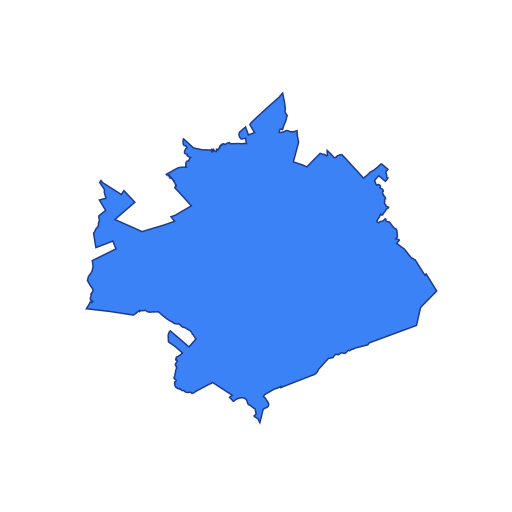 the district of Motozintla, Chiapas, Mexico, rotated 132°
{"feature_id": "50627088B93582456317957", "entity_name": "Motozintla", "entity_type": "district", "adm_level": 2, "iso_a3": "MEX", "parent_name": "Mexico", "parent_adm1": "Chiapas", "projection": "robinson", "projection_center": [-92.331, 15.305], "detail": "fine", "context": "isolated", "style": "filled", "palette": "blue", "viewbox_px": 512, "rotation_deg": 132, "n_neighbors": 0, "source": "geoboundaries", "source_scale": "gbopen_adm2", "svg_char_len": 6144}
<svg xmlns="http://www.w3.org/2000/svg" viewBox="0 0 512 512"><g transform="rotate(132 256 256)"><path d="M408.7,346.8L395.0,327.5L381.9,307.5L374.5,306.1L375.0,305.4L373.6,305.1L372.8,303.9L370.4,301.8L369.9,299.0L368.3,296.7L367.3,296.0L362.7,291.1L362.7,285.8L362.4,280.7L361.9,277.3L361.1,274.1L360.8,271.4L358.8,268.5L357.9,267.9L358.1,266.9L357.8,266.1L358.1,264.4L357.9,262.9L356.6,260.3L356.0,256.6L355.6,255.3L356.0,252.2L356.6,251.0L356.5,250.3L357.7,245.9L357.6,245.1L368.4,245.0L369.0,269.6L370.3,269.7L373.6,268.3L378.4,263.6L377.4,256.3L377.2,245.8L377.5,245.7L378.1,246.2L378.6,245.8L380.3,246.0L381.4,246.5L382.5,246.5L384.5,247.5L385.3,246.8L386.2,246.8L386.9,246.1L386.9,245.8L386.4,245.5L386.7,244.1L390.4,243.6L391.1,242.4L391.2,241.6L391.8,241.2L392.1,240.2L392.4,239.9L394.7,239.2L396.6,237.8L398.3,237.0L399.1,236.3L401.4,235.5L401.9,234.8L401.6,233.6L401.8,232.1L403.3,231.6L404.1,232.1L404.5,231.9L406.3,229.8L406.8,229.0L406.9,228.1L407.2,227.6L406.8,226.1L406.8,225.3L406.4,224.7L405.8,224.5L406.1,223.9L405.4,223.1L405.6,221.9L405.4,220.8L404.4,219.9L404.3,217.4L402.9,215.1L401.2,213.8L400.9,213.1L401.0,211.6L400.0,211.0L396.2,209.9L382.9,205.1L381.0,204.2L379.0,203.6L375.4,180.5L378.7,181.1L379.2,175.7L377.8,175.1L377.0,175.1L374.2,174.2L372.0,172.8L370.8,171.7L369.4,169.5L369.2,166.9L369.5,166.2L371.2,163.3L371.5,162.1L370.8,160.5L370.7,156.9L370.6,155.6L370.3,155.2L370.3,154.3L371.6,152.4L372.6,151.3L373.2,150.2L376.2,150.4L376.4,149.6L375.7,145.6L377.3,141.6L365.5,147.9L363.5,147.7L361.1,146.5L359.5,146.4L358.4,146.8L357.3,147.8L356.7,149.3L355.4,154.3L355.6,156.2L353.2,156.8L342.4,153.3L339.9,151.7L336.1,150.1L337.1,149.5L307.2,134.5L305.7,133.6L303.7,132.9L301.0,132.9L298.5,133.7L283.7,133.6L280.2,131.0L279.6,130.8L277.6,131.2L275.6,130.9L274.9,129.9L274.5,128.9L273.2,128.3L272.3,128.3L270.9,127.8L270.2,127.2L270.0,126.2L269.1,124.9L267.4,124.4L265.0,124.5L264.4,124.2L263.7,123.0L261.0,122.4L260.4,121.6L259.4,121.1L258.5,121.0L247.3,113.5L244.7,113.7L200.2,90.3L184.1,99.3L161.1,98.3L155.5,117.5L157.3,117.5L152.4,135.0L153.4,139.8L151.6,150.2L152.5,159.9L148.4,160.0L148.2,160.9L149.7,163.6L147.0,163.8L142.9,168.2L142.2,169.7L142.8,172.6L141.5,179.3L141.8,180.2L142.7,181.4L142.9,182.5L142.8,182.9L141.8,184.1L141.7,184.7L142.1,184.9L145.0,185.1L145.7,185.4L147.0,186.6L148.7,186.9L149.3,187.4L149.5,187.9L149.7,188.5L149.5,189.1L149.0,189.6L148.8,189.4L147.3,190.0L144.4,190.4L142.0,191.4L141.5,191.4L141.7,190.7L141.6,190.1L140.8,189.4L138.6,189.9L136.2,190.0L133.7,190.4L131.7,189.8L131.1,190.0L131.8,192.6L131.8,193.1L131.1,193.9L131.1,195.3L130.7,195.9L129.6,196.8L129.3,196.9L127.9,198.3L126.7,198.0L125.9,199.4L125.7,200.2L126.0,200.9L125.4,201.7L125.5,202.2L125.0,202.8L125.1,203.5L123.8,204.7L123.3,204.9L122.6,204.7L122.2,205.1L122.0,205.7L121.7,206.8L122.2,208.4L122.2,209.8L120.8,210.2L120.5,211.3L120.9,212.6L121.8,213.4L122.5,213.6L122.6,214.3L121.7,216.1L121.7,216.5L121.4,216.7L120.4,218.5L114.2,218.5L113.9,209.8L111.0,209.9L109.7,210.2L110.0,211.5L108.4,213.1L106.8,215.6L106.5,215.8L103.3,215.9L103.5,223.9L104.0,224.7L108.5,225.1L113.5,225.9L117.6,227.3L120.2,227.3L126.3,228.2L125.1,238.4L124.9,241.9L123.6,254.6L123.2,260.1L124.8,261.4L126.0,261.8L127.1,262.5L128.1,262.7L129.3,262.5L130.6,263.7L130.0,269.9L130.0,273.7L133.4,270.4L134.5,270.6L134.6,273.0L136.1,274.8L136.1,275.6L136.8,277.0L155.8,277.9L157.2,282.4L161.1,291.2L142.9,300.5L139.1,305.6L135.4,309.4L137.6,310.5L138.4,311.4L138.9,311.4L139.3,311.8L140.1,313.2L140.7,313.7L141.6,316.2L142.2,317.2L143.1,317.7L145.2,318.5L145.9,319.0L147.7,320.3L148.4,321.1L148.6,321.6L146.8,322.6L145.4,322.9L144.3,320.8L141.0,322.4L135.7,324.3L130.6,326.9L130.6,328.2L129.1,331.4L127.4,332.2L123.4,336.8L117.1,345.2L121.4,345.2L121.6,345.0L122.2,345.0L125.5,345.4L134.9,346.5L152.1,348.2L160.7,348.8L162.5,348.4L165.3,339.6L171.2,342.7L170.0,344.6L167.7,349.1L167.0,350.1L175.2,351.1L177.2,349.9L178.6,347.8L179.0,345.3L175.5,342.5L178.1,339.4L178.8,338.3L180.3,340.1L182.1,341.7L183.7,343.8L189.7,350.1L189.5,351.7L191.5,352.9L193.8,353.6L194.1,354.0L194.2,354.4L193.7,355.1L194.1,354.8L194.7,355.6L195.3,355.9L195.7,355.9L195.9,355.7L196.4,356.3L196.8,355.8L197.1,356.2L197.8,356.1L198.7,356.4L198.9,356.3L199.0,355.9L199.4,355.8L199.6,355.3L200.0,355.4L200.3,355.7L200.8,355.4L201.5,355.4L202.1,355.0L202.7,355.3L202.7,356.5L203.1,356.8L204.8,355.3L205.1,355.5L204.9,355.7L205.8,357.0L206.0,357.1L205.5,357.9L206.6,358.0L205.5,359.0L206.2,359.1L206.2,359.4L206.0,359.8L206.3,360.3L206.9,360.2L207.8,358.4L208.0,358.3L207.8,360.7L208.3,361.5L213.0,366.9L217.5,374.7L217.4,388.2L217.6,388.3L218.6,387.7L220.4,386.3L221.9,384.4L221.9,383.8L221.6,382.4L221.1,381.4L221.2,380.5L221.5,379.9L223.1,380.0L224.8,379.6L226.4,378.9L227.3,378.0L227.4,377.1L226.6,375.6L226.5,375.1L226.8,374.6L227.5,374.4L227.3,372.5L226.7,370.4L227.8,370.6L229.7,370.0L230.2,369.5L232.0,370.9L233.3,370.5L234.6,369.9L235.1,369.1L236.2,368.4L236.5,367.2L237.3,367.8L238.4,369.3L240.9,371.7L243.1,373.1L255.3,377.3L255.5,376.6L254.4,376.3L254.5,375.8L255.1,374.9L253.9,374.4L254.7,373.9L255.4,372.9L254.9,373.0L254.7,372.8L255.4,372.1L255.0,372.3L254.6,372.0L255.0,371.5L254.4,371.3L254.5,370.9L254.8,371.0L254.9,369.0L255.0,369.0L254.9,367.6L255.4,367.6L256.8,362.6L257.4,362.2L257.6,362.8L258.0,362.3L259.6,362.1L260.7,349.8L262.0,337.6L279.8,343.3L283.7,345.5L284.7,339.7L294.9,345.3L314.1,357.0L323.3,385.3L297.1,382.0L295.8,397.9L300.4,397.2L304.1,419.0L303.6,421.7L306.0,421.3L308.0,413.1L310.2,411.4L313.5,406.1L319.2,409.9L322.7,398.2L331.3,399.6L332.5,398.7L333.3,397.4L334.4,396.2L335.0,395.7L335.7,395.6L337.4,394.8L338.6,393.5L339.7,393.4L340.5,392.9L342.3,393.3L345.8,392.2L347.7,392.0L356.9,380.6L340.7,372.4L344.4,364.8L369.0,374.6L372.4,370.4L376.4,368.0L378.9,367.2L383.4,366.8L387.0,364.8L389.1,358.7L389.2,357.5L389.8,355.1L391.2,353.7L392.2,353.4L393.0,353.5L393.7,353.2L394.8,353.2L395.4,352.2L397.9,351.1L399.2,349.9L399.4,349.5L399.2,348.3L398.8,348.1L399.2,346.6L399.5,346.5L400.1,347.1L400.3,348.0L400.6,348.0L401.0,347.6L401.4,348.4L403.4,347.7L408.7,346.8Z" fill="#3b82f6" stroke="#1e3a8a" stroke-width="1.5"/></g></svg>